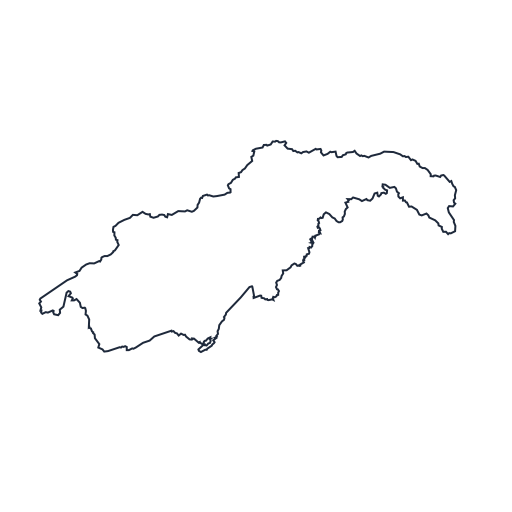 the district of Hkamti, Sagaing, Myanmar, rotated 43°
{"feature_id": "60261553B91156237471736", "entity_name": "Hkamti", "entity_type": "district", "adm_level": 2, "iso_a3": "MMR", "parent_name": "Myanmar", "parent_adm1": "Sagaing", "projection": "natural_earth1", "projection_center": [95.699, 25.834], "detail": "fine", "context": "isolated", "style": "outline", "palette": "slate", "viewbox_px": 512, "rotation_deg": 43, "n_neighbors": 0, "source": "geoboundaries", "source_scale": "gbopen_adm2", "svg_char_len": 6097}
<svg xmlns="http://www.w3.org/2000/svg" viewBox="0 0 512 512"><g transform="rotate(43 256 256)"><path d="M292.9,221.3L292.0,220.2L293.2,218.2L292.5,216.8L288.8,214.7L289.5,213.9L289.0,212.9L290.5,212.3L290.4,210.4L289.4,209.4L289.1,207.7L287.4,208.6L287.9,207.6L286.0,207.2L287.3,206.5L286.2,206.1L286.1,206.7L285.2,204.9L285.1,206.6L284.3,206.4L284.8,204.2L284.2,203.3L285.5,202.1L286.6,202.4L286.0,201.3L286.9,201.3L285.6,201.1L285.6,200.6L287.3,197.2L286.9,196.2L287.7,195.6L286.1,194.9L285.6,195.5L284.8,194.5L285.5,193.2L283.9,192.3L282.5,192.1L282.2,192.8L281.4,192.1L281.3,192.9L280.9,192.7L280.7,190.9L279.7,190.1L279.7,188.9L278.0,187.8L276.8,187.8L276.0,186.6L276.8,185.7L276.9,183.8L277.9,183.7L278.7,182.6L277.1,179.3L277.4,176.4L281.0,175.3L285.5,175.7L288.0,174.9L291.0,175.5L293.4,175.0L294.5,174.0L295.2,171.6L294.6,170.1L293.0,168.7L293.3,167.1L292.3,164.6L290.6,163.0L289.7,160.4L289.9,158.0L285.0,156.0L286.5,153.6L285.9,153.4L285.9,152.1L284.2,151.9L286.9,149.5L287.1,147.0L292.9,144.1L296.0,143.6L297.9,139.0L299.4,139.2L301.8,137.7L302.0,134.5L300.1,129.4L301.5,127.0L304.0,128.9L305.3,128.6L305.4,125.8L304.8,124.5L306.3,122.5L308.5,122.0L308.8,120.8L307.1,118.6L305.4,119.4L302.5,119.4L302.0,118.7L301.1,119.0L299.8,117.2L302.1,115.6L307.4,114.9L310.1,111.1L312.2,111.1L315.2,112.8L317.7,112.6L318.0,113.9L319.6,115.4L322.1,115.5L323.4,112.9L325.7,115.3L327.0,113.9L329.0,114.4L329.9,113.9L334.3,115.6L336.0,113.7L342.2,112.5L347.2,114.3L349.5,113.3L351.7,108.7L354.3,108.7L356.5,109.7L362.7,107.7L367.1,107.8L368.7,109.1L372.1,108.0L373.3,109.4L376.5,110.6L378.4,108.7L381.6,109.0L381.7,107.5L383.0,106.6L384.7,102.1L381.3,98.0L377.4,96.2L376.3,94.7L367.3,92.6L363.6,90.2L363.2,87.8L366.3,85.4L366.1,81.8L364.4,81.9L362.5,80.4L362.3,78.0L360.0,75.9L357.5,71.3L354.3,69.9L352.9,70.3L350.3,69.4L347.7,68.0L347.1,69.7L338.8,68.8L337.8,69.0L336.5,70.9L336.8,72.6L332.5,74.6L331.4,75.8L331.5,76.7L329.3,78.5L328.0,77.0L322.8,76.0L319.6,76.5L317.8,78.1L314.7,78.9L312.1,77.5L311.2,78.6L307.8,77.6L304.6,78.7L304.0,80.2L299.7,79.5L298.1,81.4L296.5,81.6L295.4,82.9L292.2,83.3L285.7,86.2L278.5,92.3L277.1,96.4L272.0,104.2L271.1,107.2L266.9,108.9L266.0,110.2L264.4,110.6L263.9,111.9L259.6,112.5L256.4,111.8L256.0,113.8L252.2,118.1L251.8,119.2L252.3,120.4L250.8,123.1L251.1,125.1L248.3,128.1L246.6,127.9L243.0,125.4L240.4,128.6L239.2,129.1L238.7,132.5L236.8,136.4L232.8,135.9L231.8,134.3L230.2,133.7L227.6,136.8L226.6,136.9L224.2,144.4L221.6,145.1L219.5,147.9L219.1,150.0L216.2,151.0L215.6,152.0L212.9,152.3L211.7,153.8L209.5,153.3L205.9,155.9L201.4,155.6L201.0,152.7L199.0,152.4L196.7,156.0L195.4,157.1L193.6,157.1L192.2,158.1L192.0,159.3L190.1,160.9L190.7,164.4L188.9,167.6L187.9,167.5L186.0,169.5L186.8,172.2L182.8,177.6L181.6,180.8L181.8,181.6L183.5,180.8L185.6,184.4L185.0,186.7L188.4,189.1L187.6,195.5L188.2,199.6L187.5,202.4L187.9,204.9L186.7,207.1L189.6,209.8L187.6,212.3L187.9,213.7L187.1,216.1L187.8,219.6L186.9,222.2L187.2,223.5L190.2,224.9L191.8,224.5L193.9,226.7L193.8,227.3L192.0,229.3L191.2,232.5L186.5,238.9L184.2,241.6L180.3,243.5L179.6,244.5L178.3,244.5L176.2,248.3L177.0,250.3L176.1,250.8L176.1,252.3L178.0,255.8L178.4,258.4L180.1,260.5L179.8,265.4L178.9,267.4L174.5,269.5L173.7,271.8L168.5,276.2L166.4,283.4L163.0,285.4L164.6,288.3L162.9,289.1L161.0,288.6L159.0,289.8L157.3,291.8L157.3,294.0L155.0,297.9L151.9,299.3L149.8,297.8L149.0,299.0L146.5,300.5L142.9,301.1L141.4,307.1L137.9,309.9L137.8,314.1L135.1,319.3L132.8,325.5L132.7,329.8L131.9,331.9L133.5,334.4L135.0,335.8L136.3,335.2L138.4,337.6L140.9,338.3L142.4,339.6L143.9,338.9L144.9,340.3L148.1,341.6L149.0,348.1L148.4,349.9L148.9,350.5L148.7,353.9L147.3,357.5L145.3,359.3L144.2,361.8L144.1,362.6L145.3,364.2L145.7,366.4L144.8,366.6L142.7,371.8L139.3,374.7L137.6,378.0L136.4,383.4L137.1,387.3L135.1,391.3L137.5,391.0L138.2,392.2L137.8,394.5L134.4,402.6L127.3,434.2L127.7,435.5L129.8,436.0L129.8,438.5L134.0,440.0L135.6,443.0L136.3,442.3L137.4,443.9L139.2,444.0L140.5,440.5L142.4,439.3L144.5,434.4L145.5,434.2L146.1,435.5L148.1,436.3L151.7,434.2L151.5,431.2L149.1,429.1L149.7,424.4L142.5,412.0L142.7,409.6L144.4,408.8L146.0,409.5L146.3,413.2L150.0,411.7L150.9,411.9L151.6,414.1L153.2,412.6L154.1,409.9L159.1,410.3L162.5,412.7L164.6,412.4L166.0,410.6L166.7,410.6L169.0,412.1L171.2,415.0L173.4,414.6L177.3,416.2L182.4,422.2L182.5,421.5L183.4,422.1L184.7,421.6L187.5,423.0L189.0,422.8L189.4,423.5L191.5,423.5L194.3,426.0L201.5,427.3L203.1,430.5L207.4,429.0L210.2,429.4L212.6,426.5L218.5,415.7L219.7,415.0L219.9,413.5L221.2,412.7L221.8,411.2L223.5,410.7L225.7,413.0L227.2,411.6L228.5,408.0L229.6,407.4L230.5,405.0L232.6,396.5L235.9,390.4L236.5,384.2L245.1,368.3L245.9,368.7L246.9,367.2L249.2,367.4L251.0,366.5L253.7,366.9L254.1,363.9L256.9,363.1L257.8,362.0L259.8,362.6L264.3,362.3L266.1,360.9L266.3,360.2L265.6,359.8L267.0,358.7L272.8,358.5L273.4,357.4L273.9,358.1L274.6,357.4L276.1,357.3L277.4,355.5L276.3,354.2L276.4,352.9L277.1,352.2L277.0,349.2L278.0,346.7L278.8,348.0L279.3,347.5L279.2,348.1L280.8,349.1L281.6,351.0L280.8,352.5L280.9,355.9L280.6,355.2L279.5,356.1L279.1,355.7L278.1,357.4L277.6,363.6L278.9,364.3L281.2,363.8L282.8,359.2L283.9,358.2L283.6,357.0L284.8,351.8L284.4,350.6L284.7,348.4L284.5,347.3L282.2,346.8L282.8,343.5L281.7,343.8L282.4,341.7L281.5,341.5L281.3,338.9L279.2,337.2L278.5,334.7L276.3,331.6L275.7,327.1L276.1,324.5L275.2,322.8L274.2,322.5L273.9,319.4L272.9,317.9L273.1,296.7L272.4,283.2L273.7,280.9L274.3,281.0L281.8,286.5L281.8,287.3L282.9,288.3L286.0,282.1L286.9,281.5L288.6,282.8L290.8,281.4L292.4,281.4L293.5,279.9L294.3,280.3L295.2,279.8L297.4,276.7L298.7,276.3L297.1,275.5L296.5,274.1L297.8,273.5L298.4,271.6L297.9,270.3L298.7,269.3L297.2,267.6L296.7,266.0L294.7,265.5L294.0,266.0L291.8,265.1L291.1,262.9L288.9,261.7L288.5,259.7L289.6,257.4L289.4,254.9L288.3,253.1L287.8,250.2L285.4,248.3L288.1,245.6L289.0,240.7L288.4,238.6L289.2,235.3L290.6,234.7L292.9,235.0L293.9,233.2L294.5,233.6L295.0,232.9L294.2,231.9L295.4,228.0L293.7,227.4L293.2,226.5L294.0,226.0L292.1,224.1L293.0,223.9L292.9,223.0L292.2,222.9L292.9,221.3Z" fill="none" stroke="#1e293b" stroke-width="2"/></g></svg>